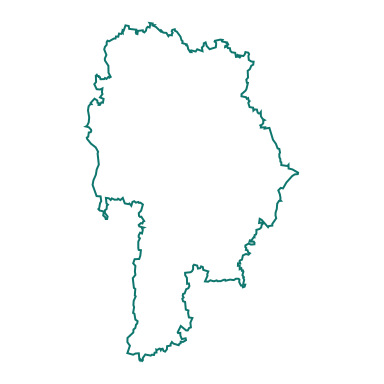 outline of Joypurhat, Rajshahi, Bangladesh
{"feature_id": "16705992B2288856744536", "entity_name": "Joypurhat", "entity_type": "district", "adm_level": 2, "iso_a3": "BGD", "parent_name": "Bangladesh", "parent_adm1": "Rajshahi", "projection": "equal_earth", "projection_center": [89.098, 25.063], "detail": "fine", "context": "isolated", "style": "outline", "palette": "teal", "viewbox_px": 384, "rotation_deg": 0, "n_neighbors": 0, "source": "geoboundaries", "source_scale": "gbopen_adm2", "svg_char_len": 5921}
<svg xmlns="http://www.w3.org/2000/svg" viewBox="0 0 384 384"><path d="M298.1,172.7L292.4,169.4L288.6,168.5L288.5,164.8L287.5,166.0L281.3,165.1L281.3,162.3L280.4,161.6L280.3,159.0L279.4,157.2L279.3,154.0L280.0,152.6L279.3,148.9L277.6,148.4L275.9,143.8L273.0,139.8L269.4,127.9L264.7,128.6L265.1,127.3L260.9,127.5L261.1,126.6L260.3,125.4L262.3,124.5L263.3,122.9L263.2,120.7L264.6,120.1L262.6,118.9L260.9,116.3L260.8,112.0L259.7,113.5L258.5,113.4L257.6,112.4L256.9,109.6L254.7,109.4L253.4,110.6L253.1,107.7L249.6,107.1L248.3,102.9L249.5,101.2L248.8,100.9L248.1,98.1L246.8,98.8L246.0,97.2L241.5,96.3L241.5,94.2L245.5,90.7L246.5,88.9L247.9,82.9L246.9,82.8L246.3,79.7L248.0,77.6L247.7,70.8L249.9,69.1L251.3,65.7L253.2,64.7L253.6,61.7L251.3,61.5L248.8,59.9L248.4,56.0L249.1,54.1L248.3,52.7L245.4,52.1L244.7,54.5L243.4,56.0L240.0,55.5L240.4,56.8L239.8,57.5L238.3,56.6L238.6,55.9L237.6,54.9L236.9,55.5L236.8,56.8L236.0,56.9L235.2,52.8L231.8,52.3L230.4,50.9L229.9,48.2L227.9,48.1L227.2,46.3L225.1,47.1L225.2,46.1L228.2,44.6L227.7,43.4L226.7,43.2L226.9,42.4L222.1,41.5L221.8,40.9L222.5,39.9L220.3,39.6L214.9,40.8L214.6,41.6L215.9,42.5L216.2,43.9L215.8,47.3L209.6,49.2L206.7,46.0L205.6,42.4L203.8,43.3L203.7,45.8L201.9,47.5L202.5,51.2L197.2,49.3L195.7,51.5L191.2,50.4L190.4,50.7L190.1,51.3L190.9,52.1L190.2,52.1L188.2,49.0L187.5,45.9L186.3,45.4L186.7,44.4L182.3,43.1L182.6,41.2L181.5,40.2L180.5,36.7L176.8,31.6L175.0,30.8L174.8,29.3L172.3,29.9L171.7,31.2L172.7,32.8L171.9,33.8L171.9,35.3L169.2,35.1L168.4,36.2L166.4,32.9L163.2,32.6L160.2,29.4L161.9,31.9L160.9,31.7L155.8,26.8L153.4,25.8L154.2,25.1L152.5,25.1L152.7,23.5L149.5,23.0L150.3,24.4L149.6,27.5L147.7,26.8L146.6,28.0L145.9,30.8L144.3,32.4L143.0,31.6L142.8,30.3L137.9,30.9L137.4,34.1L136.2,33.7L135.8,32.6L136.3,29.7L129.2,28.9L128.7,26.0L125.5,25.4L123.8,30.3L122.8,30.0L123.0,31.1L122.3,31.2L122.1,32.2L122.8,32.5L122.8,33.0L122.3,32.5L121.4,33.9L119.0,33.6L118.3,36.7L116.0,36.5L115.5,38.5L114.0,38.5L109.1,41.3L107.5,40.7L106.7,42.1L106.7,44.8L105.0,46.8L104.2,49.4L106.4,54.9L104.8,58.7L105.0,60.6L108.4,65.8L108.5,72.7L110.7,76.9L109.3,77.7L108.4,76.9L106.5,78.9L105.0,78.0L104.2,79.1L100.5,79.2L99.9,77.2L98.9,77.1L98.7,76.0L97.5,76.1L96.8,74.8L95.8,75.8L96.1,82.0L94.3,84.2L96.7,89.2L100.1,89.5L102.4,88.4L101.9,92.4L102.5,94.0L100.0,97.4L103.6,98.9L102.9,102.7L101.4,102.4L99.8,105.0L98.5,104.9L98.7,103.0L97.5,102.7L97.3,100.5L94.5,98.7L90.7,102.9L91.5,104.1L90.4,104.1L88.6,106.3L88.0,110.4L89.2,117.4L88.7,122.4L87.0,125.9L85.9,126.5L88.7,127.2L91.0,129.6L91.3,130.9L90.7,132.2L88.8,132.5L88.2,136.8L86.8,137.6L87.2,139.0L91.0,143.7L95.7,147.4L98.1,151.8L97.6,153.5L98.8,164.6L96.7,169.5L95.9,174.6L93.4,180.4L92.6,184.9L96.6,196.1L100.6,196.4L101.2,201.2L100.1,203.1L99.1,208.6L98.4,209.1L99.6,210.5L103.1,211.3L103.7,212.6L103.2,215.5L105.2,217.2L105.7,219.0L107.1,219.0L107.6,216.5L104.8,212.8L105.0,210.2L106.6,209.0L106.9,205.6L107.9,204.7L106.5,203.5L105.9,197.9L108.9,198.3L110.7,200.0L111.8,198.4L114.6,199.7L117.5,199.6L118.1,198.7L120.3,200.1L122.8,197.9L124.8,203.4L128.4,204.1L129.4,203.5L131.3,205.8L132.5,201.9L134.2,201.2L135.8,202.6L138.4,202.0L139.0,202.9L140.5,202.7L142.9,204.5L141.1,210.7L138.8,213.1L139.0,215.9L140.0,216.9L141.3,216.7L144.2,221.1L143.1,221.7L142.4,223.5L140.9,223.1L138.7,225.0L139.3,226.4L143.7,227.6L142.0,228.3L142.8,229.9L142.0,233.5L140.1,232.7L138.7,235.4L138.7,237.2L139.9,238.3L138.3,241.6L138.3,248.2L138.7,249.9L140.9,250.2L140.3,255.7L139.2,259.0L134.6,259.2L133.2,263.3L135.4,265.9L134.9,271.4L135.4,274.9L132.8,278.2L133.9,287.9L135.3,288.9L134.8,295.4L135.7,296.3L133.7,300.9L133.4,305.1L134.1,307.1L133.1,312.9L134.4,313.7L135.4,319.6L137.6,321.2L137.2,323.5L136.0,324.7L135.3,328.0L133.5,329.5L133.3,332.5L127.5,337.9L127.4,342.1L129.9,345.7L127.4,353.1L133.1,354.7L135.6,353.5L138.8,353.3L139.4,359.8L140.0,360.5L140.5,359.4L142.1,361.0L142.8,360.3L142.8,358.0L145.3,354.5L150.8,355.6L151.9,354.7L154.0,355.0L154.6,352.7L156.5,352.5L156.3,349.6L157.2,350.0L159.4,348.6L160.2,348.8L160.8,350.2L161.5,349.0L162.6,348.7L163.6,351.0L165.1,351.6L166.9,349.3L167.1,346.2L170.6,345.6L170.6,344.1L171.9,342.0L173.4,343.6L178.7,345.2L179.3,343.8L180.6,343.3L180.7,341.7L183.1,341.9L186.0,340.2L185.6,338.3L181.8,339.1L180.4,335.6L180.3,332.9L178.1,333.1L177.7,332.3L180.8,326.0L186.1,330.4L187.8,330.4L189.1,328.0L190.9,327.4L190.4,322.7L192.4,318.0L188.9,317.4L188.1,313.1L188.4,310.5L185.8,309.6L185.1,301.9L183.1,301.3L182.3,298.7L183.6,297.5L182.7,295.8L183.1,293.9L184.6,293.5L186.2,289.2L188.3,288.3L189.4,286.1L188.9,283.5L187.1,283.8L186.9,277.8L185.2,275.2L185.1,272.8L190.7,272.2L192.1,271.1L193.1,269.2L193.1,265.8L194.0,264.7L197.2,265.6L198.0,268.6L200.3,268.1L201.1,266.4L202.8,267.0L203.3,269.9L208.3,271.4L207.2,274.3L207.5,275.7L205.0,281.4L208.2,281.7L210.3,280.3L213.8,281.3L216.7,280.4L217.5,281.2L220.8,281.1L224.1,279.7L225.2,279.8L225.5,280.7L230.1,279.6L233.8,280.1L236.0,278.7L238.6,278.8L239.4,279.5L239.2,282.1L240.9,285.5L242.2,285.3L242.9,287.3L244.6,286.7L245.2,284.7L243.6,284.7L243.3,283.6L244.2,279.8L243.2,277.9L243.9,277.2L242.4,275.2L243.4,271.6L242.9,270.4L241.8,270.7L241.3,268.2L239.7,269.1L239.7,265.6L237.9,265.8L238.0,263.3L240.2,263.3L239.5,261.1L239.9,260.5L242.0,259.6L242.9,255.4L246.0,254.0L248.5,254.7L249.9,253.3L248.2,252.3L247.5,250.2L245.9,249.9L246.3,248.1L245.3,247.0L245.4,245.4L248.6,243.6L251.0,244.6L254.4,244.3L254.5,242.7L253.7,241.6L249.5,241.6L249.9,240.3L251.3,240.5L253.8,237.1L254.5,237.3L254.6,235.1L256.0,234.4L256.4,233.2L256.4,229.9L259.5,229.0L261.2,227.5L261.7,224.8L263.0,223.6L261.6,222.7L259.1,223.0L259.7,218.8L261.6,219.8L268.1,227.2L268.9,226.0L272.3,225.6L272.3,223.9L276.2,218.3L275.5,215.4L275.6,212.6L276.8,208.8L277.2,203.7L279.0,200.9L281.0,200.8L280.2,199.8L280.5,198.0L279.8,194.1L278.3,190.4L280.7,187.9L283.0,188.4L286.4,182.5L292.1,176.1L294.7,174.4L297.8,174.1L298.1,172.7Z" fill="none" stroke="#0f766e" stroke-width="2"/></svg>